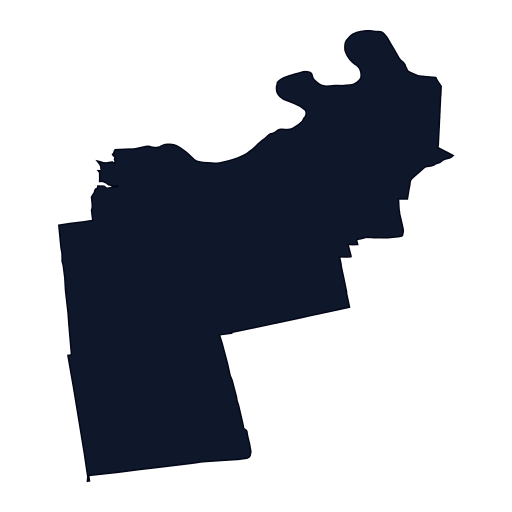 Isvoarele, Giurgiu, Romania
{"feature_id": "2599482B48168115040378", "entity_name": "Isvoarele", "entity_type": "district", "adm_level": 2, "iso_a3": "ROU", "parent_name": "Romania", "parent_adm1": "Giurgiu", "projection": "natural_earth1", "projection_center": [26.306, 44.155], "detail": "fine", "context": "isolated", "style": "filled", "palette": "ink", "viewbox_px": 512, "rotation_deg": 0, "n_neighbors": 0, "source": "geoboundaries", "source_scale": "gbopen_adm2", "svg_char_len": 5916}
<svg xmlns="http://www.w3.org/2000/svg" viewBox="0 0 512 512"><path d="M349.5,307.2L349.0,304.7L346.5,293.0L346.6,291.9L344.4,281.1L341.4,267.0L340.9,263.2L339.5,256.9L347.0,257.0L350.8,256.8L351.1,256.3L348.2,245.2L348.5,244.6L349.8,244.5L352.6,244.7L357.7,244.5L356.6,240.3L356.8,239.6L359.4,239.0L360.7,238.8L363.5,238.1L364.8,237.6L366.6,237.4L371.6,237.5L374.6,237.8L376.0,237.7L379.5,237.7L385.6,237.8L387.6,237.8L398.6,236.7L401.2,236.2L402.0,235.9L402.5,235.3L403.3,231.5L403.2,229.5L402.4,225.6L401.5,221.6L399.5,213.2L399.6,212.5L399.1,209.9L398.9,206.8L398.5,199.0L407.4,199.0L409.0,189.0L409.2,188.0L409.5,186.7L409.9,184.4L410.1,182.2L410.2,181.7L410.6,180.5L410.9,179.9L411.3,179.3L412.4,178.1L413.4,177.2L417.1,173.9L418.7,172.6L423.8,168.0L425.0,167.1L425.7,166.8L427.0,166.5L430.3,166.1L431.5,165.8L433.8,165.1L434.3,164.8L434.8,164.4L435.5,163.9L436.2,163.6L437.9,163.2L438.5,162.8L438.9,162.6L439.7,162.6L440.9,161.6L442.0,160.8L442.7,160.2L443.4,159.8L444.0,159.7L444.2,159.4L446.4,158.8L449.6,158.0L451.5,157.0L452.2,156.4L452.6,156.0L453.2,155.5L451.2,154.5L447.5,152.5L442.9,150.2L437.8,147.5L438.3,144.4L438.8,134.0L439.1,128.1L439.2,127.0L439.5,119.4L439.7,116.9L439.7,114.3L439.9,112.5L440.0,108.6L440.1,106.7L440.4,101.3L440.5,98.1L440.8,94.8L441.0,90.8L441.0,89.8L441.2,86.3L439.7,84.1L438.5,82.4L437.3,80.5L436.5,79.0L435.8,77.5L429.9,77.0L426.3,76.7L423.5,76.4L420.3,76.1L418.5,75.8L418.0,75.7L415.5,74.7L414.1,74.1L411.8,73.1L409.9,72.2L408.7,71.6L408.5,71.4L408.3,71.4L407.2,70.0L406.8,68.9L406.1,67.6L405.1,65.2L404.9,64.5L404.2,63.6L403.6,62.8L402.6,61.7L401.7,61.1L400.4,59.9L398.9,57.9L393.6,48.6L391.1,44.5L387.7,38.5L386.5,36.7L384.0,33.8L382.9,32.8L381.8,32.1L380.7,31.8L379.4,31.6L377.6,31.5L376.3,31.6L372.0,31.0L370.7,30.8L369.6,30.8L368.5,30.7L365.7,30.8L363.5,31.1L360.8,31.5L358.5,32.0L356.2,32.6L354.5,33.4L353.1,34.0L351.7,34.9L350.3,36.1L348.1,38.5L346.9,39.8L346.3,40.7L345.4,42.6L345.2,43.2L344.9,45.9L344.9,49.1L345.1,50.6L345.8,52.5L346.7,54.5L347.6,56.2L348.7,57.8L349.8,59.4L350.9,60.6L352.3,62.0L353.8,63.4L355.4,64.5L356.5,65.2L357.4,66.0L357.9,66.5L359.3,68.1L359.8,69.1L360.4,70.6L360.8,72.1L361.0,73.3L361.1,74.6L361.1,75.6L361.0,77.3L360.8,77.9L359.9,79.4L359.2,80.3L358.1,81.3L356.6,82.5L355.5,83.2L354.1,84.0L352.5,84.6L350.0,85.0L346.7,85.2L342.8,85.6L340.8,85.6L337.2,85.5L335.7,85.5L333.9,85.6L329.8,86.0L326.9,86.2L325.3,86.1L322.4,85.5L321.3,85.2L320.7,84.9L319.1,83.9L317.9,83.1L316.0,81.5L314.9,80.5L313.6,79.2L313.2,78.5L312.8,77.6L312.2,75.5L311.7,73.9L311.1,73.2L310.9,73.0L310.2,72.5L309.5,72.3L308.7,72.0L307.0,71.7L306.0,71.7L304.9,71.6L303.1,71.8L299.2,73.0L295.1,74.0L289.2,75.8L285.2,77.2L283.1,78.1L280.4,79.7L278.2,81.5L277.3,82.8L277.1,84.5L276.5,86.7L276.5,89.3L276.9,92.0L278.2,94.5L280.1,96.7L282.9,98.8L284.1,99.5L289.9,101.7L294.4,103.5L300.0,106.2L301.2,107.0L304.9,109.8L305.5,110.5L306.0,111.7L306.2,113.5L306.0,114.6L305.7,115.6L305.4,116.4L304.9,117.1L304.5,117.5L304.0,118.1L302.5,121.1L301.6,122.0L299.2,124.1L297.2,125.5L294.1,127.5L293.2,128.1L291.8,128.7L290.3,129.2L287.9,129.5L285.9,129.6L284.6,129.5L283.0,129.3L280.1,129.3L278.4,129.9L276.9,130.8L275.4,132.1L274.3,132.7L272.9,133.3L271.7,133.6L270.5,133.8L269.5,134.4L268.1,135.5L264.6,138.8L262.9,139.9L261.2,141.3L260.2,142.2L258.1,143.9L256.4,145.7L252.4,149.4L249.7,151.3L246.7,153.7L242.8,155.7L237.9,157.9L233.5,159.4L228.8,160.8L222.9,162.2L218.7,163.1L215.9,163.3L213.7,163.2L212.5,163.1L210.8,162.9L208.2,162.8L206.6,162.7L203.2,162.5L199.2,161.8L196.6,161.1L194.2,159.7L192.4,157.9L188.5,154.2L186.1,152.1L179.6,147.4L176.2,145.6L173.9,144.8L170.5,144.3L167.0,144.3L164.8,144.6L162.8,145.3L160.7,146.3L159.6,147.0L155.9,147.6L153.6,147.4L151.2,147.0L149.1,146.3L147.1,146.3L145.7,146.5L135.2,148.8L132.1,149.1L128.7,149.1L115.4,149.7L114.9,150.0L114.3,151.2L113.7,153.1L113.8,153.3L114.1,153.6L114.1,153.9L113.9,154.1L113.5,154.2L112.9,154.1L112.6,154.2L112.5,154.4L112.5,154.6L112.9,155.1L113.5,155.7L113.9,156.2L114.2,156.5L114.4,156.7L115.1,157.0L115.3,157.5L115.0,158.0L114.8,158.3L114.5,159.0L114.5,159.4L114.8,160.3L115.0,160.7L115.1,161.2L114.8,162.6L114.7,163.4L114.3,163.1L113.7,162.9L113.2,162.6L112.5,162.1L112.1,161.9L111.8,162.0L111.0,162.2L109.6,162.4L108.8,162.5L107.9,162.7L106.3,163.0L104.4,162.8L103.3,162.8L101.1,162.0L99.0,161.4L97.2,161.0L99.0,163.3L99.9,164.5L100.4,165.5L100.8,166.8L101.0,168.8L101.4,169.8L101.2,170.3L100.5,170.7L98.2,170.7L99.5,172.3L99.6,173.4L99.7,177.9L99.6,181.5L101.6,181.4L102.7,181.5L103.6,181.7L104.2,182.1L106.2,182.9L107.0,183.4L107.8,184.2L108.5,184.7L109.1,184.9L110.2,185.1L111.3,185.4L114.0,186.3L114.4,186.2L115.6,186.2L116.7,186.0L118.0,185.8L117.8,186.4L115.9,186.7L115.2,187.0L112.4,187.0L111.7,187.2L110.9,187.6L108.5,188.1L107.8,188.2L107.3,188.1L106.8,188.2L105.5,187.6L105.2,187.3L105.0,186.9L104.4,186.4L103.7,186.2L102.7,186.1L97.8,186.0L97.4,188.5L96.4,188.6L95.9,188.9L95.5,189.2L95.0,190.0L94.5,191.7L94.4,192.3L93.7,193.5L92.5,195.4L91.8,196.4L91.7,196.6L91.5,197.4L91.6,198.2L92.1,203.0L92.3,206.5L92.0,208.7L91.6,209.8L91.5,210.2L92.4,217.4L92.8,220.4L83.9,221.8L70.3,223.4L58.8,225.2L61.0,247.7L62.0,253.2L62.1,257.6L62.1,261.2L63.2,265.3L64.8,278.0L65.5,290.5L68.1,313.5L68.9,324.8L71.5,354.9L67.9,355.4L73.5,387.4L84.3,453.3L86.7,469.7L87.8,476.7L87.4,481.3L89.5,480.9L88.7,475.5L118.2,472.3L138.2,469.7L158.0,467.4L194.9,462.9L202.0,461.8L218.2,460.7L238.4,459.4L245.8,458.4L247.3,458.1L248.6,457.4L249.4,456.8L249.9,456.0L250.1,455.6L250.5,453.7L250.9,451.8L249.6,444.2L249.0,441.7L247.7,436.3L246.8,431.2L246.2,430.3L245.4,429.7L244.3,429.0L243.8,428.4L243.6,427.7L242.6,422.7L240.9,415.4L238.6,405.5L237.0,400.6L236.5,397.0L235.1,391.7L232.9,383.3L232.2,380.5L230.1,375.4L227.5,363.6L225.7,356.8L222.0,342.9L219.4,334.8L231.7,333.2L231.5,332.4L240.8,330.5L297.6,318.5L304.9,316.9L308.1,316.1L340.3,309.2L349.5,307.2Z" fill="#0f172a" stroke="#020617" stroke-width="1.5"/></svg>